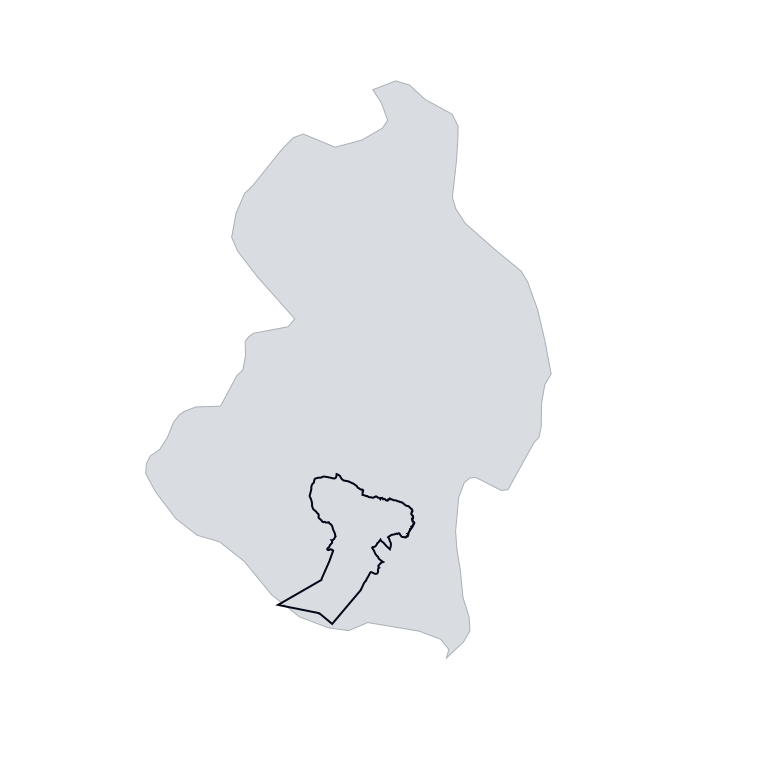 location of Gatsibo, Eastern, Rwanda, rotated 134°
{"feature_id": "39286606B53863210323147", "entity_name": "Gatsibo", "entity_type": "district", "adm_level": 2, "iso_a3": "RWA", "parent_name": "Rwanda", "parent_adm1": "Eastern", "projection": "robinson", "projection_center": [30.287, -1.667], "detail": "fine", "context": "in_parent", "style": "outline", "palette": "ink", "viewbox_px": 768, "rotation_deg": 134, "n_neighbors": 0, "source": "geoboundaries", "source_scale": "gbopen_adm2", "svg_char_len": 6876}
<svg xmlns="http://www.w3.org/2000/svg" viewBox="0 0 768 768"><g transform="rotate(134 384 384)"><path d="M314.6,235.5L322.4,235.3L374.0,221.4L379.1,225.7L387.4,252.9L391.8,256.8L399.0,257.8L413.5,251.6L440.1,230.3L451.6,217.5L465.3,199.3L482.7,178.9L492.4,161.1L501.9,150.7L514.4,147.6L528.2,148.3L537.8,148.7L529.9,152.9L528.3,166.0L537.3,186.9L566.9,230.0L585.8,238.0L598.1,254.7L610.2,283.0L613.7,318.4L608.7,360.9L611.7,392.6L622.6,413.3L625.4,440.2L620.3,473.3L614.0,493.1L606.5,499.6L598.1,502.1L586.7,499.9L572.8,502.7L557.7,508.9L548.2,509.8L542.3,508.6L531.1,503.3L513.5,486.2L480.6,495.6L471.7,495.4L459.6,503.5L449.8,513.5L443.8,514.2L437.8,512.9L409.4,492.7L399.1,493.4L394.8,550.0L390.1,581.5L384.3,595.5L364.0,609.0L343.6,616.7L332.4,616.2L287.5,620.4L270.0,620.4L260.3,615.8L247.7,583.7L223.9,569.4L201.0,562.8L191.7,564.6L183.5,581.4L180.1,596.5L157.9,586.2L151.3,573.4L150.7,551.9L142.6,522.4L147.1,509.8L155.7,501.7L174.1,486.1L202.1,464.6L208.1,454.2L212.0,437.1L210.2,397.2L207.5,363.5L210.8,351.5L223.6,325.5L240.7,298.9L260.7,270.7L272.7,267.9L288.5,257.3L305.2,241.5L314.6,235.5Z" fill="#d9dde1" stroke="#a8b0b8" stroke-width="1"/><path d="M481.7,355.5L483.6,354.1L484.3,353.7L484.9,353.6L485.4,353.6L486.2,353.9L486.9,354.6L487.3,355.1L488.2,356.8L490.3,360.1L491.6,362.0L492.4,363.0L492.8,363.4L493.5,363.7L495.0,364.2L497.0,366.1L499.2,367.5L500.2,367.8L500.6,367.8L501.7,367.3L503.5,366.0L505.7,366.0L506.5,365.8L507.7,365.3L508.6,364.7L509.8,363.5L511.3,362.5L516.1,359.8L516.6,359.1L517.4,356.9L518.3,355.1L520.2,352.4L520.6,352.0L521.2,351.7L522.4,349.8L522.6,349.2L523.0,348.6L523.2,347.3L523.2,346.8L523.0,345.6L523.0,344.3L522.9,344.1L523.2,342.9L523.2,340.6L523.5,340.1L524.2,339.4L524.6,339.0L524.9,338.9L525.6,338.2L525.7,336.7L525.5,335.9L525.6,334.7L525.5,334.0L525.8,333.3L525.8,332.3L525.6,331.8L524.4,331.0L524.2,330.6L524.1,329.6L523.4,328.9L523.2,328.6L522.1,328.0L521.8,327.5L522.0,327.3L521.9,327.2L522.1,326.7L522.1,326.0L521.8,324.5L522.1,323.7L522.1,322.9L522.2,322.7L523.0,321.1L523.9,319.8L525.7,315.4L526.6,314.1L526.9,313.9L527.1,313.6L527.2,313.0L527.7,312.9L528.5,312.8L530.2,312.2L532.0,312.5L532.4,312.7L532.7,313.0L532.7,312.7L532.9,312.7L533.1,312.2L533.7,311.7L533.8,311.3L534.2,311.2L534.6,311.0L535.8,311.0L536.9,310.9L537.3,311.0L537.7,310.8L538.5,310.6L538.9,310.3L541.6,310.4L541.9,310.2L542.2,310.1L542.5,309.8L542.3,309.0L542.0,308.5L541.3,308.1L540.4,308.0L540.0,307.7L539.7,306.6L539.3,306.1L539.1,305.1L539.2,304.8L549.4,300.2L567.1,293.7L568.4,292.9L616.5,306.8L609.8,296.2L607.0,291.9L605.7,289.9L605.1,289.2L605.0,288.8L604.7,288.3L594.2,271.9L594.3,271.6L594.3,271.2L594.1,270.8L593.8,270.8L592.6,254.6L548.0,257.6L548.0,257.8L543.5,259.2L541.2,260.1L538.4,260.4L537.9,260.2L536.8,260.9L532.4,261.9L531.0,262.4L528.7,262.9L528.0,262.3L527.9,262.0L527.1,259.3L526.5,258.2L525.3,257.3L524.9,257.3L524.2,257.4L522.9,258.0L522.3,258.9L521.9,259.3L521.0,259.8L520.4,259.9L520.0,259.9L519.5,259.8L519.5,260.6L519.4,261.0L519.2,261.3L518.8,261.7L517.9,261.9L516.7,261.8L515.2,262.0L513.5,261.4L512.6,261.0L513.0,262.8L513.1,264.6L513.3,266.2L513.2,266.9L512.7,267.5L512.5,268.1L512.5,268.7L512.6,269.7L512.2,272.1L511.8,273.2L510.8,275.6L510.2,278.0L510.1,278.7L509.7,278.9L509.0,278.8L508.7,278.4L507.9,277.8L507.3,277.6L506.9,277.5L505.8,277.5L504.2,277.8L503.4,278.2L502.9,278.2L502.3,278.0L498.4,278.4L498.8,277.6L498.9,277.4L498.5,273.8L498.6,273.2L498.9,269.4L498.8,265.0L495.7,266.6L494.0,268.2L493.5,268.9L493.1,270.4L491.9,272.5L491.4,274.1L491.4,274.6L490.6,274.6L490.2,274.5L489.4,274.2L488.9,274.2L487.9,273.9L487.3,273.8L486.9,273.6L486.5,273.1L486.4,273.1L485.3,272.3L484.5,271.9L484.1,271.6L483.7,271.5L482.9,271.1L482.6,270.1L482.4,270.0L481.6,270.0L481.0,269.6L480.8,269.2L480.8,268.9L480.9,268.4L481.2,267.5L481.4,267.1L481.5,265.7L481.5,264.9L480.7,263.8L480.2,263.2L479.6,262.0L479.3,262.1L479.1,261.8L478.4,261.6L478.1,261.9L477.9,261.8L477.5,261.5L477.4,261.2L477.2,261.1L477.0,261.4L476.9,261.8L476.4,261.7L476.2,261.9L475.7,261.7L475.4,262.0L475.2,262.0L474.9,262.3L475.0,262.5L475.1,263.0L474.4,262.7L474.1,262.8L473.8,263.0L472.8,263.3L471.9,263.4L471.7,263.7L471.4,263.6L471.0,263.8L470.5,264.4L470.1,264.6L469.8,264.4L469.6,263.9L469.2,264.0L468.9,264.0L468.7,264.1L468.4,264.1L468.5,264.3L468.3,264.4L468.2,264.4L468.2,264.5L467.8,265.0L467.6,265.2L467.4,265.2L467.4,265.3L467.0,265.2L466.9,265.0L466.3,264.5L466.1,264.6L465.8,264.9L465.2,264.9L465.0,265.4L464.7,265.6L464.3,265.6L464.5,265.4L464.4,265.4L464.1,265.3L463.9,265.5L463.9,265.3L463.5,265.4L463.4,265.5L463.5,265.6L462.9,265.9L463.0,265.8L462.9,265.7L462.6,266.0L462.5,266.9L462.9,267.5L463.0,267.8L463.0,268.1L462.7,268.6L462.5,268.8L462.3,268.8L462.3,269.0L462.3,268.9L462.2,269.0L462.2,269.4L461.9,269.6L461.8,269.9L461.6,269.9L461.5,270.1L461.3,269.9L460.9,270.2L460.7,270.3L460.1,270.1L459.8,270.8L459.8,270.6L459.4,271.0L459.2,270.9L459.0,271.1L458.9,271.3L458.7,271.9L458.9,272.5L458.9,272.9L458.8,273.4L458.6,273.4L458.5,273.7L458.4,274.3L457.9,274.6L457.7,274.6L457.3,274.9L457.0,274.9L456.7,275.0L456.6,274.9L456.3,275.0L456.1,275.1L456.1,275.3L455.7,275.2L455.3,275.8L455.0,276.0L455.0,276.8L454.9,276.8L454.8,277.2L454.6,277.5L454.9,278.3L454.9,280.5L454.8,281.1L455.0,281.4L455.0,281.9L455.9,282.9L455.9,283.4L456.2,283.9L456.4,284.7L456.3,285.3L456.5,285.7L456.4,287.0L456.5,287.5L456.7,287.8L456.6,288.2L456.6,288.7L457.0,289.4L457.2,289.5L457.5,290.3L457.9,290.7L458.0,291.5L458.9,292.9L459.0,293.5L459.5,294.6L459.8,295.0L460.2,295.4L460.5,296.0L461.1,296.6L461.2,297.5L461.6,298.2L461.7,298.6L461.9,298.7L462.1,299.2L462.2,299.9L462.7,299.5L462.9,299.6L463.2,300.2L463.3,300.3L463.6,300.3L463.9,300.8L464.3,300.7L465.0,300.3L465.6,300.5L466.0,301.3L466.2,301.9L466.3,302.0L466.2,302.3L466.3,302.7L466.2,303.2L466.2,303.4L466.4,303.8L466.5,304.1L466.7,304.4L467.1,304.6L467.3,305.1L467.5,305.0L467.5,305.5L467.4,305.7L467.5,305.7L467.5,305.9L467.7,306.1L467.7,306.3L467.6,306.6L468.4,307.2L468.9,307.0L469.4,306.8L469.2,307.7L469.4,308.6L470.1,309.7L470.0,310.5L470.2,311.3L470.4,311.7L470.7,311.8L470.9,312.0L471.4,312.0L472.2,312.5L472.9,312.5L473.7,313.1L474.6,314.8L475.1,315.2L475.8,316.2L476.1,316.6L476.1,317.0L476.1,318.0L476.4,318.4L477.2,319.2L477.3,319.9L478.0,321.2L478.0,321.4L478.3,321.7L478.5,322.2L478.7,322.4L478.5,322.6L477.5,323.6L476.7,323.9L476.4,324.3L476.3,324.2L475.0,325.1L474.9,325.5L474.9,326.1L475.2,326.3L475.4,326.7L475.8,326.9L476.1,327.6L476.2,328.2L476.3,328.6L476.3,328.9L476.4,329.2L476.3,329.3L476.7,330.4L476.8,331.0L476.6,331.9L476.3,332.4L476.5,333.4L476.4,334.0L476.6,334.6L476.8,335.5L476.8,336.0L477.0,337.2L477.6,338.3L477.6,338.7L477.8,339.1L477.9,339.5L478.2,340.2L478.3,340.6L478.5,341.0L478.7,341.4L478.6,341.8L478.8,342.1L481.4,345.9L481.7,347.8L481.6,349.1L480.7,351.9L481.2,354.4L481.7,355.5Z" fill="none" stroke="#020617" stroke-width="2"/></g></svg>